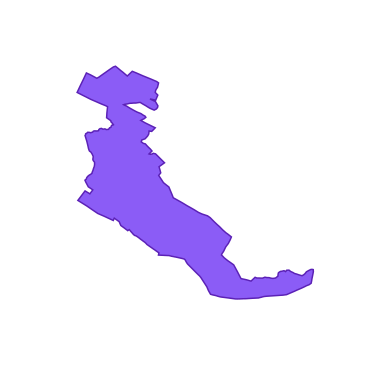 outline of Subukia, Rift Valley, Kenya, rotated 116°
{"feature_id": "3690345B83042019153785", "entity_name": "Subukia", "entity_type": "district", "adm_level": 2, "iso_a3": "KEN", "parent_name": "Kenya", "parent_adm1": "Rift Valley", "projection": "robinson", "projection_center": [36.175, 0.026], "detail": "fine", "context": "isolated", "style": "filled", "palette": "violet", "viewbox_px": 384, "rotation_deg": 116, "n_neighbors": 0, "source": "geoboundaries", "source_scale": "gbopen_adm2", "svg_char_len": 4471}
<svg xmlns="http://www.w3.org/2000/svg" viewBox="0 0 384 384"><g transform="rotate(116 192 192)"><path d="M228.3,293.4L229.6,291.9L232.8,287.5L233.6,282.1L238.4,283.0L237.9,288.6L247.6,290.5L249.6,290.9L250.7,280.2L251.6,274.3L252.6,267.3L252.3,260.4L252.1,250.3L249.6,250.4L250.6,244.4L251.6,243.3L253.3,241.3L253.6,239.7L254.0,237.3L254.6,234.4L254.7,233.6L254.9,232.8L253.3,231.9L254.4,229.4L255.3,227.2L255.6,226.6L255.8,226.1L256.2,224.6L256.0,223.5L256.0,222.6L256.2,221.2L256.5,219.5L257.0,217.3L257.1,216.8L257.2,216.0L257.4,215.2L257.7,213.5L257.8,212.7L258.0,211.9L258.2,211.3L258.4,210.7L258.6,210.2L258.9,209.6L261.2,195.1L263.4,194.5L259.5,185.4L259.2,184.9L259.1,184.2L258.9,183.3L258.7,182.2L258.5,181.5L258.1,180.1L258.0,179.5L257.7,178.6L256.9,175.3L256.0,171.4L255.7,169.7L255.8,168.9L256.1,168.3L257.4,166.5L258.4,164.9L258.8,164.0L259.4,162.2L262.9,152.2L263.8,149.5L263.9,149.0L264.2,148.2L264.5,147.6L264.8,146.9L265.2,146.2L265.5,145.7L270.7,137.1L273.4,134.0L275.8,130.5L275.4,128.2L274.7,125.4L274.5,124.2L274.4,123.3L273.9,120.7L273.7,120.0L271.1,112.3L269.1,106.2L268.6,105.1L268.3,104.4L268.0,103.9L267.6,103.1L267.3,102.5L265.6,99.4L263.9,96.1L263.4,95.3L260.8,90.7L258.1,85.8L257.2,84.8L256.8,84.3L256.4,83.8L255.5,82.8L254.8,82.0L254.2,81.2L253.0,79.3L252.2,77.9L249.9,73.9L247.5,69.7L246.1,67.3L244.8,65.0L242.8,62.0L240.0,59.6L238.6,58.4L236.3,56.4L234.2,54.7L230.5,51.5L227.5,49.1L226.0,48.0L224.0,46.1L221.8,44.9L219.1,45.6L217.6,46.1L215.2,46.7L212.2,47.5L210.4,48.0L208.6,49.0L208.9,50.2L209.6,51.3L211.7,52.9L213.6,54.2L215.7,54.6L217.4,55.3L219.0,56.4L219.5,59.0L219.9,62.1L220.3,64.1L220.1,66.0L220.2,68.4L219.7,70.6L220.8,72.6L222.5,73.0L222.4,74.8L223.9,76.6L224.6,77.7L226.6,78.9L227.3,78.8L228.1,78.6L230.0,77.9L232.7,79.2L234.2,81.4L234.8,83.2L235.2,85.3L236.1,87.2L236.6,89.1L238.0,90.4L238.6,91.0L238.9,91.7L240.0,94.2L240.9,96.1L241.0,97.9L246.2,99.9L246.8,103.4L247.2,105.4L248.3,109.8L248.1,110.3L247.7,110.9L243.6,116.4L239.2,122.6L238.6,126.1L238.1,129.4L237.6,131.8L237.0,134.3L236.3,136.1L235.7,137.9L234.2,138.0L231.7,137.6L228.9,137.6L226.4,137.6L222.4,136.8L218.2,136.7L215.1,136.9L214.1,141.5L213.8,143.5L212.6,147.8L211.1,152.0L210.3,154.9L209.0,159.0L208.2,161.3L207.1,164.4L206.6,167.6L207.3,172.7L207.4,173.7L207.5,177.3L207.0,182.1L206.7,186.3L206.5,190.3L206.1,194.5L205.9,197.1L205.8,198.8L205.4,206.3L203.0,208.9L201.6,210.5L197.6,215.0L196.9,218.4L196.1,221.8L194.4,224.6L191.7,229.2L188.5,228.5L186.4,230.3L185.2,231.4L183.7,232.7L177.8,229.5L173.7,241.5L174.2,243.8L175.4,244.6L176.4,245.9L176.6,247.3L172.7,245.9L171.6,248.4L170.9,250.7L170.1,252.9L169.2,255.0L169.6,257.0L169.2,259.6L167.2,259.9L164.8,257.5L162.9,256.9L161.0,256.4L158.9,256.3L156.0,257.3L155.2,254.8L152.7,253.9L150.4,253.2L150.4,258.3L150.4,264.4L150.1,269.4L148.7,268.4L147.1,267.1L145.1,266.2L144.4,267.4L144.3,269.6L143.9,272.3L144.2,276.1L144.2,277.7L144.1,280.4L143.9,284.0L143.7,286.3L143.4,288.7L143.6,289.9L143.5,291.7L142.6,290.8L141.3,288.9L139.5,286.7L138.7,285.2L137.6,283.4L136.6,281.4L135.6,280.0L134.2,277.9L134.5,274.6L134.7,271.4L135.0,268.9L135.2,266.3L135.0,261.9L133.0,260.4L131.2,260.0L129.5,260.4L126.7,264.6L126.8,270.6L125.3,264.9L119.9,265.2L118.6,268.7L116.7,269.2L115.3,269.2L113.1,268.9L110.2,269.5L108.6,269.9L108.2,272.2L108.5,278.4L109.1,287.0L109.4,294.2L109.7,298.6L116.1,301.0L115.3,304.1L114.6,306.8L114.1,309.2L113.3,312.4L112.5,315.9L114.1,317.5L118.3,319.9L122.7,322.3L126.7,324.5L129.5,326.0L131.5,327.4L131.4,329.4L131.2,334.6L131.3,339.1L138.3,339.0L145.9,339.0L152.9,338.9L153.0,330.9L153.1,323.5L152.9,319.2L152.6,311.9L152.3,307.6L152.3,305.3L158.1,303.2L162.7,301.3L163.5,296.3L164.6,295.4L164.7,294.7L166.0,292.1L166.4,292.4L167.4,293.5L167.9,293.4L168.4,293.4L169.5,293.3L170.0,293.8L170.4,294.2L171.5,294.4L172.3,294.5L173.5,296.5L173.4,297.9L174.6,299.6L174.5,301.2L175.4,302.5L176.7,303.1L177.9,302.9L178.7,304.0L179.3,305.2L179.6,306.1L180.5,307.3L181.8,307.6L183.2,309.2L183.3,310.1L184.0,311.9L184.6,312.1L185.1,312.3L186.3,313.1L187.0,312.8L188.1,312.9L192.6,308.7L196.1,305.8L197.9,304.4L198.3,304.1L198.8,303.6L199.7,302.7L200.2,302.0L200.4,300.5L201.4,298.8L202.9,296.9L203.4,296.4L204.0,296.1L205.1,295.8L206.5,295.2L207.1,294.4L207.9,292.7L209.8,291.7L211.9,291.0L213.5,290.9L215.0,290.7L215.8,290.5L217.7,290.4L218.5,290.3L219.2,290.1L220.9,291.1L222.1,291.9L223.7,292.6L225.2,292.9L226.8,292.7L228.3,293.4Z" fill="#8b5cf6" stroke="#5b21b6" stroke-width="1.5"/></g></svg>